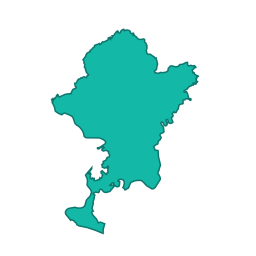 the district of Huong Tra, Thừa Thiên - Huế, Vietnam, rotated 167°
{"feature_id": "81297802B61752422174773", "entity_name": "Huong Tra", "entity_type": "district", "adm_level": 2, "iso_a3": "VNM", "parent_name": "Vietnam", "parent_adm1": "Thừa Thiên - Huế", "projection": "albers", "projection_center": [107.492, 16.429], "detail": "fine", "context": "isolated", "style": "filled", "palette": "teal", "viewbox_px": 256, "rotation_deg": 167, "n_neighbors": 0, "source": "geoboundaries", "source_scale": "gbopen_adm2", "svg_char_len": 5854}
<svg xmlns="http://www.w3.org/2000/svg" viewBox="0 0 256 256"><g transform="rotate(167 128 128)"><path d="M137.2,216.8L138.0,216.2L139.3,216.4L142.0,216.0L142.2,214.8L144.3,213.9L146.0,212.6L147.5,212.1L147.9,211.3L147.8,210.7L149.2,210.7L151.5,209.9L151.7,209.2L152.3,208.9L153.1,207.4L156.5,204.6L155.8,202.9L156.3,201.3L156.1,200.4L155.7,199.7L155.9,198.7L156.5,198.0L156.8,196.6L155.9,195.8L156.3,194.0L156.0,192.9L156.1,192.1L155.3,190.0L154.4,188.9L154.7,188.4L156.1,188.0L157.3,186.5L159.4,187.8L160.1,187.8L161.7,187.0L162.4,187.5L163.0,187.3L164.3,186.4L165.2,186.8L166.8,185.4L168.1,183.6L169.9,183.5L170.0,180.7L169.2,179.4L169.4,178.8L173.1,177.9L175.4,175.2L175.5,174.2L179.0,174.8L181.9,174.9L188.0,173.6L189.0,176.5L189.4,176.5L189.9,175.1L190.5,175.4L191.1,174.3L192.2,173.7L192.4,173.3L193.1,173.6L193.5,172.7L194.0,173.0L194.4,172.3L195.2,172.7L195.3,173.4L196.1,172.7L195.7,172.2L195.8,171.6L194.9,171.7L195.0,170.7L195.8,170.4L196.2,169.7L195.7,168.7L195.0,165.1L195.0,160.7L192.9,158.3L189.9,155.9L189.4,155.9L187.4,156.8L186.3,156.8L181.5,153.4L179.8,151.7L179.2,150.0L178.6,144.4L177.5,142.6L175.0,139.9L173.1,136.0L172.5,133.2L172.6,129.6L171.2,128.1L170.1,127.7L157.9,124.7L154.7,122.3L153.0,120.0L153.1,118.7L154.0,117.7L159.3,115.7L160.9,115.4L162.1,115.6L162.4,115.0L161.8,114.3L161.1,114.2L158.8,115.2L156.3,115.3L155.6,114.3L156.1,113.9L156.8,114.1L157.1,113.5L157.7,113.6L158.5,112.6L157.3,111.1L154.7,111.2L153.1,110.3L152.8,109.5L152.2,109.4L152.6,108.1L151.9,105.8L152.7,104.3L155.1,103.9L155.2,102.9L156.0,102.7L156.9,101.5L159.8,101.0L159.8,99.0L161.1,98.7L161.9,98.0L161.6,96.8L161.9,95.6L159.7,94.1L158.1,94.6L156.4,94.5L156.0,95.2L155.9,95.0L155.8,94.3L156.3,93.4L156.9,93.3L156.5,93.0L157.4,90.8L157.2,89.7L157.5,89.1L158.5,89.0L159.3,88.1L159.3,87.5L159.7,87.5L162.8,92.2L164.2,91.5L163.9,90.5L164.3,90.2L163.1,88.0L164.2,87.0L164.2,86.4L165.4,84.9L166.6,85.9L167.4,84.1L167.7,84.5L170.9,83.9L172.8,84.4L172.2,86.4L173.0,86.3L173.7,87.3L174.7,87.2L174.6,86.5L174.8,86.4L175.4,87.1L176.2,87.4L176.2,88.7L175.4,89.2L175.6,91.0L174.6,91.1L174.7,92.7L177.1,92.3L177.4,92.6L172.7,96.2L172.3,97.5L180.0,91.7L179.2,87.9L179.4,85.4L180.6,82.1L180.6,81.1L178.2,76.2L177.9,73.7L180.4,70.0L183.4,68.1L184.9,66.8L187.3,62.4L188.1,61.5L189.5,60.9L191.7,60.6L194.7,61.2L197.6,62.7L203.8,63.0L206.0,62.3L207.4,61.1L208.0,59.9L208.1,58.1L204.6,50.9L203.6,51.4L201.3,49.4L201.1,48.6L199.9,47.1L199.6,45.4L197.9,43.7L190.1,40.2L183.0,35.8L176.0,30.9L174.9,35.0L172.2,39.9L176.3,42.6L178.2,42.2L179.2,46.4L182.0,51.4L182.4,53.9L181.8,54.5L180.5,54.8L181.1,56.9L181.0,58.1L178.7,62.4L178.8,63.6L176.4,67.7L176.4,68.8L175.5,69.8L175.5,70.4L176.7,71.3L176.6,72.2L174.0,72.8L171.2,71.7L170.7,72.0L169.4,74.2L168.7,74.5L167.6,74.1L166.0,71.2L164.8,70.4L163.2,70.1L159.9,70.3L154.9,74.1L155.0,75.0L155.4,75.6L156.2,75.9L158.1,75.8L158.6,76.3L155.7,77.9L154.3,78.0L154.5,76.4L153.6,74.4L151.7,73.1L150.2,73.1L149.4,73.8L149.0,74.7L148.1,77.7L148.4,78.1L149.6,78.3L149.8,78.9L148.8,79.7L147.3,79.9L145.2,79.1L144.6,78.7L144.0,77.5L143.8,76.4L144.1,74.9L145.4,72.2L146.4,71.1L145.2,69.9L145.2,68.7L144.8,68.3L140.9,69.5L139.2,72.2L137.4,74.3L133.7,75.0L130.6,74.8L127.6,74.2L126.4,73.3L125.4,72.1L122.9,67.7L118.4,63.3L116.7,63.1L114.7,64.1L108.2,70.6L107.9,71.4L107.9,73.2L109.0,77.4L108.8,78.2L107.6,79.4L105.7,83.1L105.0,83.8L104.7,85.0L104.8,92.9L103.8,99.3L106.5,100.3L107.1,104.2L104.1,105.6L102.7,105.7L102.4,106.0L101.6,108.1L99.3,109.4L97.8,111.1L98.6,114.2L97.3,115.2L95.3,115.4L93.8,116.2L93.3,120.9L95.1,125.1L94.2,126.2L93.2,125.9L92.6,125.0L92.0,122.3L91.0,121.7L90.0,121.7L89.1,122.6L88.6,124.4L89.1,125.3L89.2,126.5L88.8,127.6L88.1,127.7L87.4,127.1L87.3,125.4L87.5,124.0L85.5,122.9L83.4,123.1L83.1,123.3L82.9,124.3L83.6,127.7L83.1,128.5L82.1,128.7L81.2,130.1L81.7,132.0L79.9,133.3L79.2,133.2L79.1,132.5L77.7,132.3L75.9,134.5L74.8,135.2L73.1,139.0L70.4,139.4L69.0,139.3L68.6,140.0L68.4,142.2L68.0,142.6L67.4,143.0L66.2,142.6L65.1,143.5L63.6,143.2L61.9,141.9L61.2,140.9L60.7,140.9L60.2,141.5L60.3,142.4L61.7,142.8L62.2,143.8L62.2,147.6L62.8,150.2L63.6,150.4L64.2,150.0L64.7,150.0L65.3,150.7L65.3,151.3L64.1,152.0L61.4,152.7L61.1,153.3L60.1,153.7L58.7,154.8L57.3,154.7L56.4,155.5L54.9,155.1L54.4,156.0L54.7,156.5L54.3,157.2L53.5,157.0L53.2,155.7L52.0,155.6L51.3,156.3L51.5,156.9L50.2,157.1L49.8,157.6L50.2,158.0L51.1,158.3L50.5,160.0L50.7,161.0L49.6,161.2L49.5,162.2L47.9,162.5L48.1,163.1L49.1,163.5L50.9,165.3L51.1,167.0L52.2,167.0L52.5,167.3L52.1,168.3L52.5,169.4L52.2,170.1L50.5,170.9L50.2,171.6L48.3,171.7L48.4,172.6L49.0,173.6L49.5,173.9L51.2,173.9L52.5,174.9L55.0,174.9L55.3,175.2L55.7,176.1L55.3,178.6L57.0,178.7L60.6,177.8L63.3,178.2L65.2,176.7L67.7,176.8L71.3,178.7L72.8,178.8L75.3,177.1L76.2,174.8L78.2,173.9L81.7,174.1L84.1,174.9L85.9,174.3L89.3,175.9L89.5,177.5L87.5,178.3L86.9,179.0L85.7,182.2L84.8,183.6L84.8,187.6L85.1,188.4L84.7,189.8L86.2,190.2L86.7,191.8L87.7,192.4L89.5,194.7L91.9,195.4L92.5,196.0L92.8,196.9L92.7,199.7L91.4,201.8L91.5,203.0L90.9,203.9L91.4,205.3L91.4,206.6L92.4,207.8L92.4,208.7L91.9,209.8L92.0,210.7L93.0,211.3L95.4,211.3L97.3,211.9L97.9,212.4L98.8,213.4L99.1,214.6L100.4,215.9L100.9,217.1L102.0,217.1L101.3,218.1L101.3,218.4L102.0,218.6L101.6,219.2L102.2,219.3L103.0,218.9L104.3,220.2L104.1,221.2L104.6,222.6L107.2,223.8L108.2,223.6L108.6,223.9L109.5,223.6L109.8,224.6L110.0,224.2L111.3,225.1L113.5,223.8L114.1,222.5L114.8,222.3L115.8,223.0L115.9,224.5L116.5,224.9L117.3,224.6L117.5,223.8L118.2,224.0L118.7,223.2L119.4,223.1L120.0,222.2L121.5,221.2L122.8,221.4L122.7,220.3L123.4,219.3L124.7,220.5L125.4,220.4L125.6,219.9L124.9,218.9L125.1,218.2L125.8,218.9L126.3,220.1L126.9,220.2L127.9,218.2L128.5,217.9L129.4,218.0L130.5,217.4L131.5,217.5L132.6,217.1L133.3,217.7L134.8,216.7L135.3,215.9L136.1,216.2L136.9,215.8L137.2,216.8Z" fill="#14b8a6" stroke="#0f766e" stroke-width="1.5"/></g></svg>